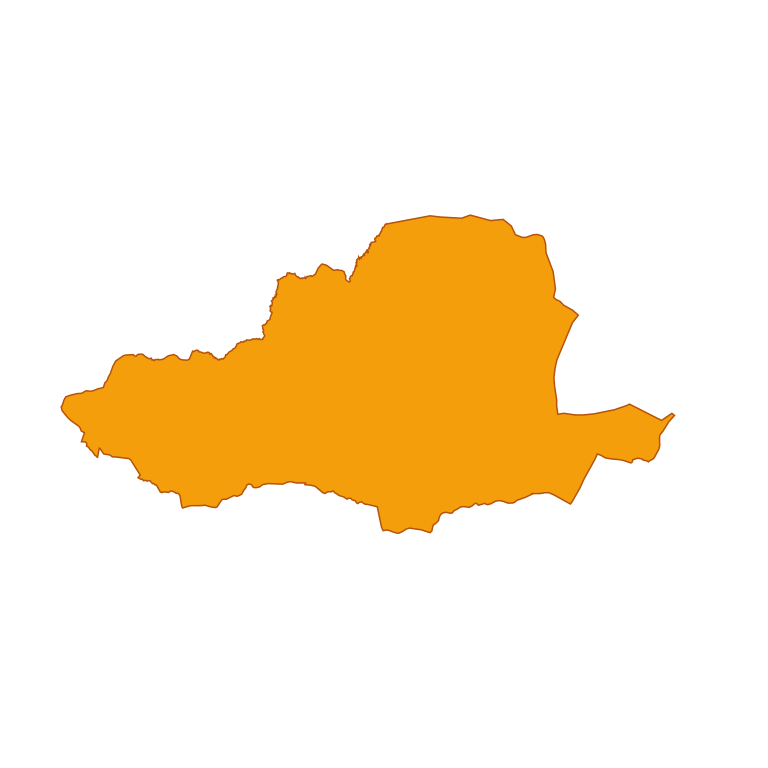 outline of Ogan Komering Ulu, Sumatera Selatan, Indonesia, rotated 209°
{"feature_id": "22746128B55651065226017", "entity_name": "Ogan Komering Ulu", "entity_type": "district", "adm_level": 2, "iso_a3": "IDN", "parent_name": "Indonesia", "parent_adm1": "Sumatera Selatan", "projection": "orthographic", "projection_center": [104.188, -4.111], "detail": "fine", "context": "isolated", "style": "filled", "palette": "amber", "viewbox_px": 768, "rotation_deg": 209, "n_neighbors": 0, "source": "geoboundaries", "source_scale": "gbopen_adm2", "svg_char_len": 6159}
<svg xmlns="http://www.w3.org/2000/svg" viewBox="0 0 768 768"><g transform="rotate(209 384 384)"><path d="M114.7,497.4L118.0,497.9L123.6,486.7L159.5,485.4L161.4,482.7L170.1,473.1L185.7,459.8L194.8,453.5L201.9,449.6L212.6,445.5L217.3,441.8L222.6,448.9L225.2,453.7L233.6,464.6L238.4,471.8L242.1,480.9L244.5,489.0L248.9,529.0L247.4,538.4L255.1,540.0L265.0,540.0L270.1,541.6L275.0,541.3L277.7,542.1L280.2,550.4L290.6,564.3L306.0,577.4L310.7,585.0L314.5,588.7L317.0,590.1L321.9,589.3L325.5,587.2L331.1,580.9L334.4,579.2L341.5,578.3L349.2,583.9L359.6,585.7L370.0,578.6L390.5,573.5L396.5,566.6L415.8,557.3L425.3,553.4L458.7,525.7L459.2,525.7L459.3,524.9L460.3,524.4L460.2,520.7L461.1,520.2L460.2,516.0L460.6,515.7L460.2,511.2L460.8,511.5L461.1,510.6L462.0,509.9L461.7,508.5L462.6,507.0L462.1,505.8L460.5,504.9L461.4,503.5L463.8,501.7L463.3,499.5L463.9,499.9L464.1,499.0L463.0,497.8L463.2,496.0L462.6,495.6L463.3,493.5L461.5,491.4L462.0,490.9L463.8,492.3L463.9,489.0L464.7,488.3L464.8,487.6L463.4,487.0L463.7,486.6L464.5,486.8L464.8,485.0L465.6,484.2L465.0,482.8L466.3,482.9L466.1,481.5L467.7,482.6L467.1,481.2L467.8,480.5L468.0,478.8L466.7,477.3L467.3,476.7L466.0,475.3L466.0,474.7L465.0,474.2L465.4,473.2L466.0,473.5L465.8,472.2L465.2,471.9L465.3,470.3L464.5,467.9L465.2,467.0L464.6,465.9L464.8,465.2L464.2,463.5L465.1,462.9L465.5,461.8L465.0,460.7L465.3,459.3L463.3,457.7L463.8,456.5L464.8,456.3L467.6,456.6L468.7,457.5L469.7,459.9L472.0,461.4L473.0,462.7L476.0,462.9L477.8,461.9L480.0,461.5L483.1,459.0L491.7,460.0L495.6,459.2L496.6,458.6L497.7,453.8L497.3,446.7L499.2,443.1L500.4,443.3L501.3,442.6L502.4,441.1L503.3,441.0L503.6,438.6L504.8,439.2L504.5,438.2L506.4,437.4L506.4,436.8L507.7,436.5L508.2,435.7L509.0,435.5L510.8,436.1L511.7,435.6L514.3,436.3L515.6,437.5L517.0,435.8L518.0,436.0L518.7,435.3L520.4,435.5L520.6,434.7L521.9,434.7L522.5,433.9L521.7,431.8L522.0,430.6L523.9,429.1L524.2,427.7L525.1,427.0L526.2,424.0L527.0,424.1L527.6,423.4L527.4,422.7L525.8,421.7L524.8,420.1L524.2,417.2L523.6,417.0L523.2,412.7L522.6,411.3L521.8,411.3L521.6,410.4L522.0,409.6L521.1,409.8L521.1,407.5L521.9,407.6L521.9,407.0L521.3,406.9L522.0,406.3L521.9,405.9L522.7,405.8L522.8,405.3L521.9,404.1L522.7,402.1L521.1,401.0L520.1,398.4L520.6,398.1L520.6,397.6L521.3,397.6L521.4,396.6L520.4,396.4L520.4,395.5L519.4,394.3L519.2,392.8L518.0,392.3L516.8,392.5L516.4,391.8L515.8,387.1L515.1,385.8L515.8,383.5L516.7,382.6L516.1,379.9L516.8,379.1L517.1,377.6L517.8,377.5L518.7,376.1L516.4,373.2L515.7,373.0L515.1,372.1L515.1,370.7L511.9,368.5L511.6,367.4L512.1,365.2L511.7,364.3L513.3,363.1L515.1,363.3L515.7,361.9L517.6,361.9L518.8,360.4L519.7,360.3L521.0,359.5L521.3,358.4L522.9,357.1L525.6,355.9L525.6,354.8L527.1,353.7L527.2,352.5L529.6,351.6L529.8,350.6L532.1,347.6L531.6,346.0L531.8,343.0L533.0,341.5L533.3,339.6L534.9,337.1L535.7,333.2L536.6,332.9L536.1,330.9L536.8,327.8L538.5,327.4L538.5,326.8L539.6,326.1L539.4,325.5L539.7,325.2L540.1,325.5L541.2,324.6L542.8,325.3L543.8,325.2L543.8,324.8L544.8,324.6L544.7,325.2L547.6,325.4L547.8,325.9L550.0,326.8L550.9,325.8L551.0,326.3L552.6,326.8L553.3,326.0L553.8,326.2L555.6,324.1L557.9,323.2L558.5,323.4L561.9,322.4L562.2,323.1L562.7,323.3L564.1,322.8L565.2,321.9L565.8,320.3L567.3,320.0L566.3,311.6L567.5,309.5L572.4,307.2L575.2,306.8L578.6,308.0L582.2,307.8L586.4,304.0L589.1,298.7L592.1,296.2L593.4,296.2L594.3,295.3L595.9,294.6L596.2,293.1L597.7,293.3L598.5,292.5L600.1,293.7L601.9,292.1L606.1,292.3L609.6,293.0L612.7,291.3L613.7,290.3L614.5,288.0L615.7,287.7L617.7,288.1L624.0,284.0L625.6,282.5L629.8,274.1L629.7,267.9L628.4,260.2L628.5,256.9L627.9,252.6L628.7,249.5L627.8,245.3L628.4,244.1L631.6,241.4L635.9,236.2L639.4,234.3L640.6,234.1L641.8,232.9L644.0,229.2L647.7,226.9L652.8,222.2L656.1,218.5L656.1,214.6L655.0,209.3L655.3,207.5L652.5,204.6L644.6,201.4L640.0,200.2L630.6,199.1L628.9,198.5L625.9,196.1L622.4,196.2L620.6,186.8L616.8,188.7L614.6,187.4L614.2,185.5L611.6,185.4L609.4,184.1L606.9,183.8L602.3,181.5L600.2,181.4L599.8,181.0L599.0,181.0L601.9,189.8L601.2,190.0L595.2,186.9L589.4,189.0L586.1,188.6L584.3,189.7L570.9,195.1L568.6,194.7L553.1,186.2L553.7,182.8L550.2,182.9L549.0,183.5L547.5,182.8L546.0,184.1L544.0,184.2L543.1,185.4L541.8,185.9L538.4,184.7L536.3,185.2L535.5,184.8L534.0,185.2L527.1,181.0L526.2,181.6L525.6,181.3L524.0,183.1L519.8,184.7L518.9,186.7L517.9,187.5L514.5,187.9L513.0,187.6L510.9,188.6L508.4,187.5L501.5,178.9L500.1,177.9L495.3,182.8L493.3,184.3L485.1,188.9L481.6,191.3L476.7,192.3L471.7,194.1L471.0,194.8L470.4,195.6L469.8,203.8L469.0,205.0L466.0,206.8L461.1,213.8L458.5,214.4L457.6,215.0L455.1,218.5L455.1,222.9L454.6,225.6L454.9,229.4L453.9,230.7L452.3,231.5L450.7,231.5L448.6,230.3L447.4,230.4L445.3,231.5L442.7,234.0L441.4,237.1L437.1,240.7L424.0,247.3L420.9,251.3L418.6,253.2L412.8,254.9L404.6,259.4L404.4,257.6L399.2,259.9L394.6,261.2L384.5,259.2L382.5,259.7L381.2,262.1L379.7,263.3L378.0,263.9L377.1,265.4L376.2,265.9L374.9,265.1L370.9,265.0L369.8,264.6L364.2,265.7L360.7,265.3L360.0,266.0L359.8,266.8L357.7,267.9L355.9,267.2L352.6,268.0L350.3,266.7L349.0,266.7L348.1,268.7L346.8,269.9L342.2,269.7L340.4,270.6L330.4,273.4L316.8,257.6L313.6,255.3L311.4,257.3L309.0,258.3L301.4,259.5L298.8,260.6L296.7,263.3L293.9,268.4L291.7,270.4L280.8,274.5L271.6,276.3L270.9,278.7L272.4,283.5L272.4,285.2L271.3,286.7L270.1,291.1L271.0,293.9L271.2,297.0L270.1,299.7L267.6,301.8L263.0,303.3L261.8,304.4L261.2,307.4L259.2,310.1L257.6,313.3L254.8,315.5L249.6,317.5L247.6,320.5L247.1,322.3L246.1,324.0L245.0,324.4L242.6,323.7L238.1,328.3L235.4,328.5L234.4,329.2L232.6,330.9L229.5,335.7L226.2,338.2L222.1,339.3L217.8,339.9L213.5,342.5L212.2,344.3L211.3,346.8L205.5,353.3L200.9,359.7L202.2,360.4L200.9,359.7L200.4,360.4L194.0,364.1L190.6,366.9L187.0,368.9L181.1,369.4L162.8,369.4L162.4,372.0L162.2,387.8L163.0,397.8L163.0,419.9L163.5,426.2L159.8,426.8L154.7,426.7L149.8,428.3L140.6,432.3L136.8,433.4L130.0,434.6L129.3,435.3L129.1,436.6L129.7,438.3L126.5,441.8L124.9,442.6L121.6,443.5L120.5,443.1L116.7,444.2L114.9,444.1L114.7,445.4L112.4,448.7L111.9,450.4L112.0,460.2L112.9,463.6L117.3,471.2L118.0,473.3L117.2,477.6L116.6,488.9L114.7,497.4Z" fill="#f59e0b" stroke="#b45309" stroke-width="1.5"/></g></svg>